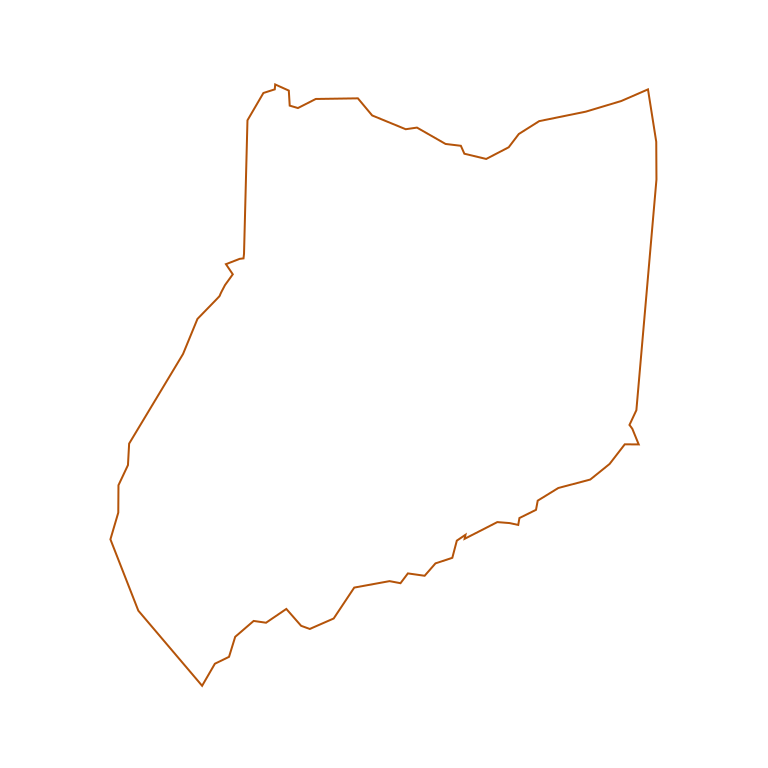 Bladen, North Carolina, United States of America (orthographic projection), rotated 95°
{"feature_id": "52423323B8015598177606", "entity_name": "Bladen", "entity_type": "district", "adm_level": 2, "iso_a3": "USA", "parent_name": "United States of America", "parent_adm1": "North Carolina", "projection": "orthographic", "projection_center": [-78.559, 34.612], "detail": "fine", "context": "isolated", "style": "outline", "palette": "amber", "viewbox_px": 768, "rotation_deg": 95, "n_neighbors": 0, "source": "geoboundaries", "source_scale": "gbopen_adm2", "svg_char_len": 1108}
<svg xmlns="http://www.w3.org/2000/svg" viewBox="0 0 768 768"><g transform="rotate(95 384 384)"><path d="M67.5,146.7L81.4,172.3L95.1,206.7L108.6,252.3L123.2,271.5L137.3,280.4L150.9,301.8L147.6,324.0L140.0,328.2L139.5,343.6L125.7,373.5L128.3,384.6L117.5,419.2L101.7,434.9L106.0,476.8L116.6,493.8L114.9,502.2L100.0,504.4L95.1,518.5L100.0,518.5L104.6,529.5L133.2,543.0L266.5,534.8L271.1,534.9L271.9,538.7L278.4,551.9L287.9,544.2L299.3,551.0L306.2,553.9L308.6,554.8L310.0,555.2L310.9,555.6L314.2,558.2L335.4,575.5L371.6,586.8L465.6,632.7L487.1,632.0L508.0,639.7L535.3,637.5L562.6,643.0L631.2,609.0L700.5,538.9L677.4,528.1L669.3,514.6L648.8,510.2L631.4,493.2L632.1,480.7L616.6,461.7L632.1,445.5L634.5,436.6L622.0,413.7L589.4,395.9L579.9,361.3L581.0,350.2L570.6,343.7L571.5,326.8L558.2,317.1L551.2,300.8L533.7,297.8L527.1,289.7L531.2,290.2L511.7,259.1L511.6,246.7L512.7,238.0L505.7,237.4L496.1,221.6L486.8,220.7L472.4,201.3L461.2,170.2L444.0,152.3L423.1,138.9L422.0,125.0L407.0,132.7L403.8,135.5L403.4,135.9L388.1,130.3L156.6,130.4L119.0,133.9L67.5,146.7Z" fill="none" stroke="#b45309" stroke-width="2"/></g></svg>